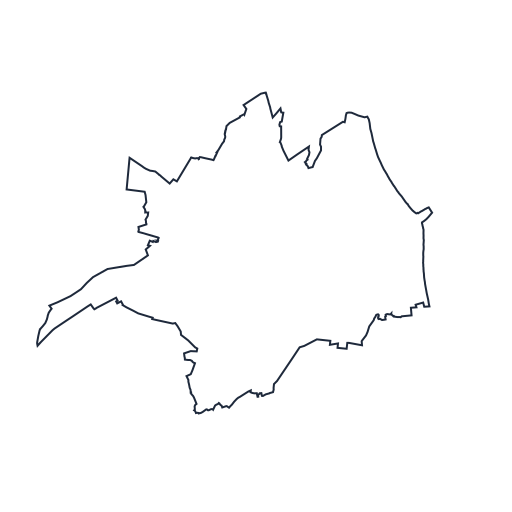 outline of Rīga, Riga, Latvia, rotated 109°
{"feature_id": "27541924B69950658551149", "entity_name": "Rīga", "entity_type": "district", "adm_level": 2, "iso_a3": "LVA", "parent_name": "Latvia", "parent_adm1": "Riga", "projection": "mercator", "projection_center": [24.123, 56.972], "detail": "fine", "context": "isolated", "style": "outline", "palette": "slate", "viewbox_px": 512, "rotation_deg": 109, "n_neighbors": 0, "source": "geoboundaries", "source_scale": "gbopen_adm2", "svg_char_len": 5995}
<svg xmlns="http://www.w3.org/2000/svg" viewBox="0 0 512 512"><g transform="rotate(109 256 256)"><path d="M424.0,261.6L423.4,260.6L423.1,259.2L423.5,258.9L422.4,257.1L420.9,255.7L417.2,253.1L417.1,252.0L417.5,251.4L417.4,250.8L417.0,250.2L415.7,248.9L415.4,248.5L415.0,247.4L415.0,247.0L415.3,246.5L410.7,246.0L409.6,245.2L408.2,243.7L407.1,243.3L407.4,242.4L407.9,242.0L408.5,240.8L408.7,239.8L410.2,238.6L407.6,235.2L407.5,234.7L408.2,232.1L406.4,231.4L404.4,230.4L400.8,229.2L397.5,227.7L396.2,226.9L395.7,226.6L394.6,225.5L392.2,223.6L386.7,219.2L384.8,217.2L386.6,216.8L386.6,216.2L386.7,215.0L386.4,212.8L385.5,210.6L388.6,208.7L388.3,208.1L386.5,208.9L385.2,207.8L384.6,207.8L383.9,206.3L386.3,204.9L386.1,203.9L383.6,201.7L381.5,198.6L381.2,198.5L379.2,195.6L376.5,195.8L375.1,196.4L371.2,197.3L367.3,195.4L341.9,188.6L328.1,185.0L325.3,181.1L315.0,171.3L312.0,158.1L315.9,157.2L312.0,150.0L316.3,149.0L314.2,140.1L308.4,141.4L307.9,139.9L305.9,126.7L302.3,128.3L301.8,128.3L295.3,126.1L291.5,125.8L285.7,126.0L278.7,123.9L278.0,123.8L276.6,123.9L274.9,123.4L272.5,123.1L271.6,122.0L271.4,121.4L271.9,120.7L273.0,120.4L274.0,120.7L275.4,120.1L275.7,119.4L275.4,118.8L275.0,118.5L275.5,116.0L274.4,113.8L273.8,112.8L271.4,114.1L270.5,113.6L270.1,114.0L269.7,114.1L269.4,114.3L268.7,113.8L268.1,112.8L267.9,111.6L267.5,109.9L266.3,109.4L266.7,109.3L267.4,108.4L268.0,107.2L267.8,106.3L268.4,106.0L267.7,102.4L266.8,99.8L266.8,99.3L265.6,98.6L261.5,89.6L254.5,92.7L252.3,87.6L250.1,89.2L245.6,82.8L249.2,80.4L247.2,75.6L244.8,77.1L241.2,79.0L235.7,82.4L227.3,87.1L225.7,87.8L224.3,88.6L221.4,90.1L218.0,91.5L215.8,92.6L214.4,93.1L213.8,93.5L213.1,93.6L210.8,94.7L210.2,94.8L207.8,95.9L207.1,96.0L206.0,96.4L202.0,97.6L200.9,98.1L198.6,98.9L197.0,99.3L194.9,99.7L192.1,100.7L190.9,101.3L186.4,102.5L184.7,103.4L182.2,104.2L179.9,105.1L177.3,105.9L176.3,106.3L175.4,107.0L174.7,107.3L173.0,108.5L172.5,108.7L170.9,109.8L170.2,110.0L168.1,108.4L165.7,106.9L162.9,105.6L157.7,103.6L153.8,108.5L155.1,110.0L156.0,110.7L156.3,111.2L157.4,112.0L158.1,112.7L158.6,113.0L159.6,113.9L159.8,114.2L162.8,116.6L162.6,117.2L163.5,118.2L163.5,118.6L162.7,121.1L162.2,122.1L162.2,122.5L160.3,125.8L158.9,128.0L157.4,129.7L157.4,130.3L157.3,130.5L156.6,131.5L156.4,132.0L152.2,137.7L150.2,141.2L149.6,142.0L149.4,142.1L149.1,142.8L148.2,144.1L147.4,145.0L144.9,148.2L144.9,148.4L142.3,151.7L142.0,151.9L140.1,154.5L139.3,155.4L138.6,156.1L138.1,156.8L137.5,157.4L137.1,157.9L136.3,158.6L135.3,159.9L133.9,161.5L132.6,163.2L129.1,166.7L127.2,168.4L125.6,170.0L122.7,172.8L120.4,174.6L116.1,177.7L115.4,178.3L110.8,181.5L109.5,182.5L102.2,186.8L98.6,189.3L93.4,191.8L90.1,193.8L88.8,195.3L88.0,196.1L89.5,198.5L89.9,205.0L89.6,208.8L89.4,212.3L90.0,214.6L90.6,215.9L91.4,216.9L93.7,216.8L97.3,216.1L100.7,215.7L100.8,217.5L120.2,233.1L121.9,232.7L124.1,233.2L129.8,231.7L131.5,230.1L135.0,228.9L143.8,230.3L146.9,231.2L153.5,231.4L154.0,232.3L155.8,235.0L154.2,236.3L153.5,238.0L152.8,238.8L152.4,238.4L151.3,240.3L150.1,239.5L149.2,239.4L148.1,238.6L147.4,239.3L143.3,238.8L140.6,239.2L139.9,239.7L138.8,240.7L138.2,241.0L135.3,241.6L146.3,249.9L155.2,256.4L147.5,264.3L144.1,267.3L143.4,267.6L141.4,269.3L140.5,270.2L140.5,270.5L137.0,270.5L135.6,270.8L125.3,274.4L125.6,275.8L124.3,276.6L121.6,276.8L121.2,276.4L120.5,275.4L111.6,276.8L112.0,278.8L111.5,279.3L111.1,279.4L108.5,280.9L114.8,283.3L119.6,285.3L112.0,290.4L110.7,291.1L107.0,293.9L105.3,294.9L100.2,298.6L99.8,298.9L99.5,299.3L99.4,299.1L98.3,299.9L98.5,300.4L101.0,304.3L117.3,316.9L120.1,313.0L126.0,313.0L125.7,313.3L129.3,316.7L130.2,316.4L138.7,324.2L142.8,326.2L146.0,325.6L146.1,325.8L148.9,325.4L148.8,325.6L150.9,325.3L152.8,324.1L153.6,323.8L154.6,323.7L156.2,323.9L158.0,323.6L160.9,324.6L167.8,326.0L170.6,326.9L170.5,326.4L174.7,326.8L174.7,327.0L178.0,327.2L179.2,327.4L179.3,329.3L180.1,336.0L180.5,340.0L180.8,341.3L181.0,341.3L181.7,341.8L182.9,341.5L183.1,341.7L182.5,342.1L182.4,342.7L182.7,343.5L183.0,344.4L183.5,345.1L183.6,345.4L183.9,347.5L183.9,349.3L184.1,349.5L184.4,349.4L187.2,350.0L211.2,355.1L210.4,359.1L215.6,361.2L211.5,371.9L211.2,372.3L211.0,372.8L210.8,373.9L210.7,373.9L208.9,378.7L209.3,381.5L209.8,383.9L209.4,388.5L208.8,391.2L208.3,392.6L204.3,407.5L205.2,407.3L235.2,400.0L231.5,382.2L234.3,380.3L240.9,377.2L245.6,378.1L246.2,378.4L247.8,376.4L249.6,375.1L249.8,375.3L250.9,374.9L250.5,374.2L250.4,372.9L250.0,372.1L253.3,371.4L257.6,372.3L258.8,371.4L260.3,370.9L261.2,370.1L261.8,369.9L266.8,376.6L269.3,375.3L271.3,375.2L271.5,375.0L271.2,371.0L270.4,354.7L270.7,354.5L270.7,353.9L273.3,354.1L273.3,353.7L273.4,354.0L273.5,353.5L274.4,353.5L275.4,355.1L275.4,355.5L275.2,358.0L276.3,358.1L276.1,361.4L281.0,361.7L280.9,359.6L285.7,362.4L290.6,358.4L304.2,368.5L307.5,375.2L316.6,392.1L329.0,403.2L336.5,407.2L344.4,410.7L354.3,418.3L364.4,428.6L370.2,435.2L372.4,432.1L373.8,432.6L377.0,433.5L380.2,433.5L381.3,433.3L384.1,433.1L388.0,433.4L391.9,434.8L394.7,436.0L395.3,436.2L395.3,436.3L395.5,436.4L395.7,436.2L396.7,436.4L402.5,435.8L408.9,434.8L410.1,434.4L412.0,433.3L408.7,431.9L408.7,432.0L406.4,430.9L392.4,424.2L390.1,422.8L378.5,414.0L372.9,409.7L358.6,398.9L355.6,396.5L358.2,392.9L359.0,391.5L357.8,390.4L356.9,389.8L341.0,374.7L343.3,372.3L344.5,373.4L346.0,371.8L342.8,368.8L345.4,366.0L345.8,366.1L346.7,361.8L347.7,354.3L348.6,348.7L348.2,337.4L348.0,333.6L349.4,333.6L349.0,329.7L347.0,312.7L345.7,310.5L347.9,307.3L351.9,302.6L355.0,301.2L357.9,292.6L362.2,283.8L362.6,281.4L365.5,281.0L367.2,286.8L371.5,292.3L374.4,290.9L375.4,290.2L377.1,289.5L376.6,287.0L376.2,285.6L375.8,284.4L376.0,282.5L376.6,281.8L377.1,280.6L377.2,280.1L377.1,279.3L377.2,278.8L384.8,278.9L389.0,279.2L392.2,282.6L395.2,279.6L396.9,279.0L399.2,277.5L402.2,275.8L403.9,274.3L405.1,273.8L406.4,273.3L406.2,272.9L407.4,272.4L408.9,269.8L410.0,268.6L415.2,264.1L416.4,264.9L418.1,265.1L420.9,263.9L422.0,264.2L422.0,263.6L423.8,261.7L424.0,261.6Z" fill="none" stroke="#1e293b" stroke-width="2"/></g></svg>